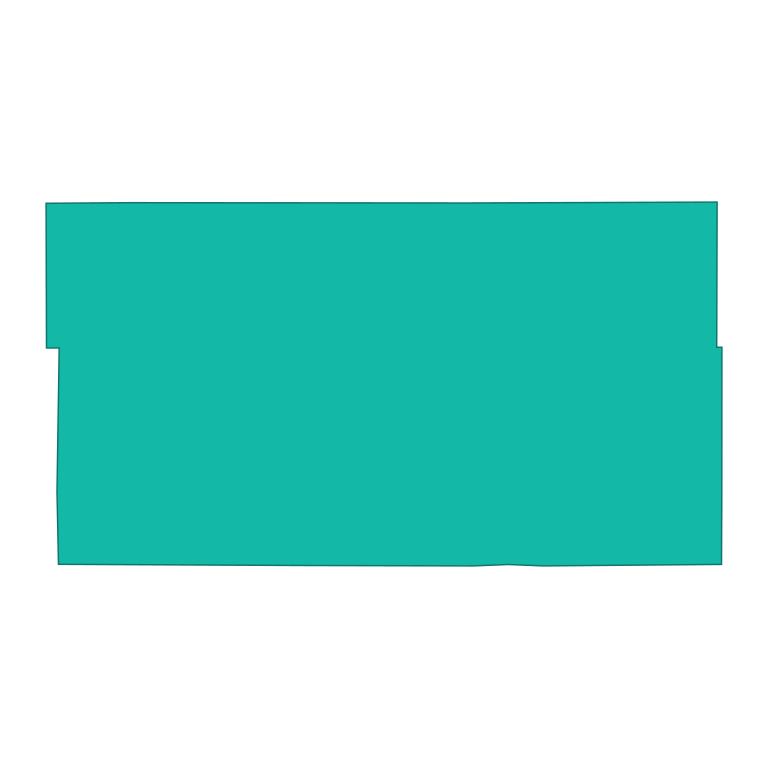 outline of Becker, Minnesota, United States of America
{"feature_id": "52423323B38815474431976", "entity_name": "Becker", "entity_type": "district", "adm_level": 2, "iso_a3": "USA", "parent_name": "United States of America", "parent_adm1": "Minnesota", "projection": "natural_earth1", "projection_center": [-95.688, 46.934], "detail": "fine", "context": "isolated", "style": "filled", "palette": "teal", "viewbox_px": 768, "rotation_deg": 0, "n_neighbors": 0, "source": "geoboundaries", "source_scale": "gbopen_adm2", "svg_char_len": 331}
<svg xmlns="http://www.w3.org/2000/svg" viewBox="0 0 768 768"><path d="M129.6,202.7L46.1,203.3L46.5,348.0L59.2,348.0L57.0,491.7L58.5,564.3L307.6,565.5L472.9,565.9L508.4,564.5L543.2,565.9L721.5,564.4L721.8,491.8L721.9,347.3L716.7,347.3L717.1,202.1L467.1,203.0L129.6,202.7Z" fill="#14b8a6" stroke="#0f766e" stroke-width="1.5"/></svg>